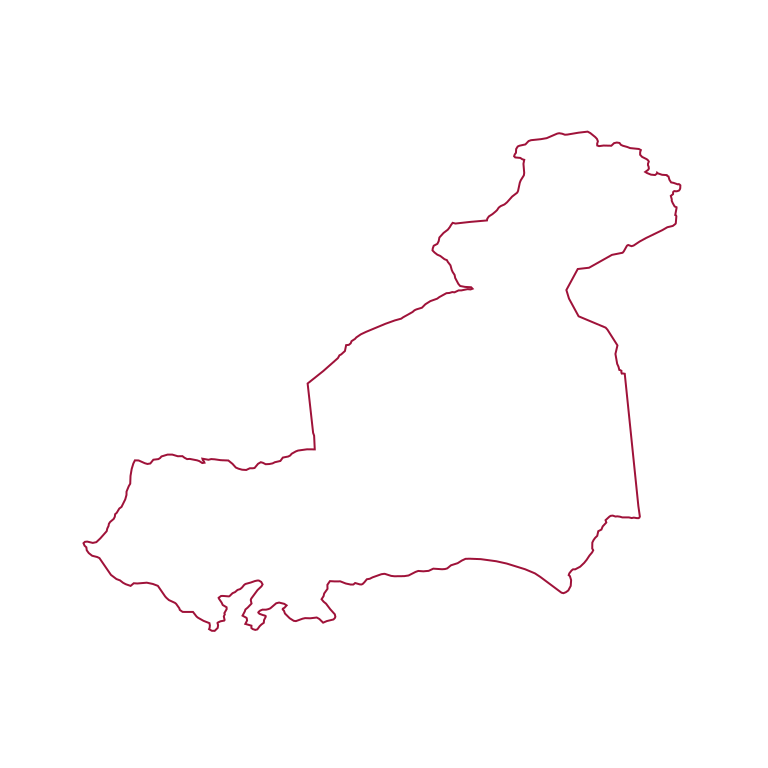 Samburu West, Rift Valley, Kenya, rotated 264°
{"feature_id": "3690345B66699120795125", "entity_name": "Samburu West", "entity_type": "district", "adm_level": 2, "iso_a3": "KEN", "parent_name": "Kenya", "parent_adm1": "Rift Valley", "projection": "natural_earth1", "projection_center": [36.61, 1.09], "detail": "fine", "context": "isolated", "style": "outline", "palette": "rose", "viewbox_px": 768, "rotation_deg": 264, "n_neighbors": 0, "source": "geoboundaries", "source_scale": "gbopen_adm2", "svg_char_len": 6146}
<svg xmlns="http://www.w3.org/2000/svg" viewBox="0 0 768 768"><g transform="rotate(264 384 384)"><path d="M565.6,677.7L564.7,677.4L563.5,675.4L564.3,671.4L566.4,667.5L567.6,666.0L569.2,668.8L570.4,669.9L572.4,669.9L574.1,669.4L575.6,669.6L577.5,670.6L578.7,670.1L580.1,668.8L582.9,664.4L585.2,662.7L587.9,663.0L589.8,663.9L591.1,662.0L592.9,653.4L594.3,650.7L596.0,646.4L597.1,644.6L599.1,643.4L599.8,640.8L599.5,638.0L597.2,635.0L598.2,627.3L598.1,622.7L598.9,621.0L600.7,621.1L603.0,622.1L605.5,621.4L607.5,619.9L612.0,615.4L613.7,612.9L613.6,603.7L612.9,592.4L613.0,590.0L614.3,587.3L615.1,584.4L614.9,582.4L611.5,571.5L611.1,565.7L611.1,555.7L610.5,553.2L607.5,549.7L606.8,543.5L606.2,541.8L603.9,540.0L600.2,539.4L598.6,538.0L596.9,537.2L595.6,538.2L594.6,543.2L593.0,545.1L592.3,546.9L588.4,545.7L579.3,545.5L576.9,544.9L572.3,541.3L570.0,540.1L562.0,537.5L560.4,536.5L557.0,531.0L551.8,525.3L550.0,522.6L548.7,518.6L547.4,516.5L545.1,514.6L543.8,512.9L541.6,509.6L539.7,505.8L537.6,504.0L535.9,503.5L536.2,486.5L536.1,471.9L537.1,469.1L534.9,467.1L533.2,465.9L530.8,463.6L528.0,459.0L523.9,454.4L520.3,453.3L517.8,451.7L516.3,447.9L513.8,446.7L511.8,446.2L509.5,448.0L507.0,450.6L505.5,453.3L501.8,457.2L500.6,459.5L498.8,460.2L495.1,462.5L490.3,463.3L488.2,464.0L485.1,465.6L482.0,465.9L475.8,468.4L473.5,470.0L472.1,474.7L471.1,480.8L469.5,482.0L469.0,480.0L469.6,476.9L469.0,470.7L469.3,468.0L467.8,463.7L468.3,461.5L467.7,458.5L467.8,455.6L464.7,448.2L463.3,445.8L461.6,438.8L459.0,433.5L455.9,429.7L454.8,424.0L454.1,422.0L452.6,419.9L448.3,409.9L447.2,408.0L446.1,401.4L443.7,391.6L437.7,371.5L435.8,366.1L433.2,361.3L431.9,359.9L430.0,356.2L427.9,355.1L426.6,353.1L426.6,350.4L420.9,348.6L417.9,344.5L417.2,342.7L414.6,340.9L403.2,324.9L392.5,308.1L342.8,308.4L339.9,309.1L326.2,308.3L327.1,300.7L326.8,291.6L326.2,289.3L324.3,284.9L322.7,283.2L321.9,281.2L321.4,275.7L318.3,272.9L317.6,267.2L316.7,264.9L316.4,261.6L316.6,257.9L318.3,255.3L319.1,253.3L317.8,250.4L314.0,246.5L313.9,244.5L314.2,241.7L312.9,238.0L313.6,233.9L315.0,230.4L316.4,227.9L320.4,225.0L324.2,221.2L325.3,213.7L326.8,207.7L327.4,204.3L327.0,201.5L328.7,195.6L327.0,195.9L325.9,196.8L324.5,197.2L324.4,195.0L326.6,192.3L327.6,190.2L329.8,183.0L329.9,180.3L331.5,177.9L333.3,176.0L333.7,171.4L335.9,166.1L336.4,161.3L335.2,155.1L333.8,153.6L332.9,151.8L332.8,146.7L329.4,143.3L329.2,140.4L330.2,137.9L333.6,132.0L334.1,128.3L331.1,126.4L325.9,124.2L319.1,122.3L311.4,121.2L309.1,119.5L303.9,116.7L300.6,116.3L296.3,114.6L289.2,110.1L287.8,107.7L283.8,104.7L282.6,103.0L280.1,102.4L278.1,101.1L275.4,97.2L273.7,95.8L271.6,95.2L269.2,93.7L266.6,92.8L260.1,85.7L256.8,81.4L256.4,77.8L258.3,72.4L258.3,70.1L257.1,68.5L254.5,69.3L252.7,70.9L249.7,71.0L246.7,72.7L243.7,75.8L241.9,80.7L240.6,82.8L222.7,92.5L218.0,97.5L216.3,100.9L213.6,103.7L211.9,106.2L209.7,110.9L212.0,114.3L211.4,117.8L211.2,127.3L209.3,133.2L206.9,138.0L195.5,144.2L193.9,145.4L191.6,147.5L188.2,153.2L187.1,154.3L182.3,157.0L180.7,157.3L178.4,159.9L177.3,170.2L172.3,173.3L171.0,174.6L167.3,179.8L164.4,185.4L162.1,185.6L159.8,185.1L158.5,184.4L156.6,186.9L156.2,189.8L158.8,193.1L161.5,193.8L163.7,193.4L164.2,194.0L165.1,196.6L165.4,200.3L166.0,200.8L169.6,200.4L171.6,201.6L172.8,201.3L176.6,204.0L178.4,204.1L181.1,200.5L183.5,199.7L188.0,197.3L188.7,197.2L190.2,199.8L190.1,201.5L189.0,207.4L189.1,208.1L191.8,211.5L192.6,214.1L194.5,216.8L195.1,219.6L196.5,221.6L198.7,223.8L199.6,225.3L200.5,230.8L201.5,234.9L201.8,237.5L201.6,239.0L200.0,241.2L197.4,242.3L195.6,241.0L192.3,236.7L184.4,229.5L183.1,228.9L179.5,229.3L175.9,225.1L174.2,222.6L172.4,221.8L168.4,219.1L165.8,222.8L165.2,223.0L163.1,223.1L159.9,221.0L157.5,226.9L155.2,226.6L154.0,227.8L152.9,230.3L153.2,232.4L156.2,235.1L157.6,236.9L159.1,239.5L161.7,240.0L164.8,242.0L165.5,242.1L166.1,241.4L167.0,239.1L168.5,236.1L169.8,235.1L170.5,235.5L171.6,237.2L172.3,239.6L171.9,243.1L172.2,245.5L172.8,247.5L177.2,253.9L177.6,256.8L175.8,261.8L174.0,264.0L172.0,261.8L171.1,259.9L170.4,259.7L169.0,260.8L166.1,261.5L160.9,265.7L157.9,269.5L157.4,271.6L159.1,278.5L159.4,281.1L158.7,286.2L158.8,292.7L157.1,295.1L153.0,298.5L154.2,302.4L155.1,309.1L156.3,310.6L157.6,311.3L160.1,311.0L165.6,307.0L171.6,303.4L173.8,301.2L176.5,299.4L179.3,301.7L181.9,302.6L186.2,306.4L190.2,306.7L193.6,309.6L192.8,314.5L192.3,319.9L189.6,325.1L188.0,330.0L187.8,332.6L189.1,334.5L187.2,339.1L187.0,340.6L187.3,341.8L188.9,343.8L191.6,346.5L191.8,349.5L192.9,352.4L195.1,361.5L195.2,364.4L195.0,365.2L192.4,371.1L191.7,374.3L190.8,384.0L191.0,388.4L193.8,395.7L194.5,398.5L193.6,403.5L193.5,408.9L195.2,413.7L193.7,422.4L193.6,425.3L194.0,427.6L196.7,431.7L198.1,438.5L200.3,443.0L201.6,446.8L201.3,450.8L199.7,461.9L196.0,477.1L192.6,487.3L185.0,505.0L179.9,514.3L175.8,519.3L157.9,538.7L157.2,540.6L157.9,543.1L159.4,545.7L163.7,548.6L169.4,549.6L173.5,548.8L174.6,547.7L176.3,548.5L178.8,550.9L179.9,552.5L179.7,554.8L181.8,560.0L185.2,564.4L188.0,567.2L191.9,570.4L194.8,573.4L196.8,574.7L198.6,573.9L204.5,574.6L206.9,576.1L208.9,577.9L210.7,580.2L215.2,581.7L216.5,585.0L219.5,586.6L223.0,590.6L225.4,590.1L228.6,594.4L229.2,595.7L229.2,597.0L229.2,597.8L228.0,600.3L228.0,602.2L227.4,604.7L226.4,607.1L225.7,613.7L224.8,616.3L225.0,618.5L224.2,621.4L224.0,623.2L224.4,624.0L225.5,624.6L236.0,624.2L369.0,624.5L369.5,622.8L369.5,621.6L370.4,621.3L372.3,621.5L373.1,620.4L373.4,619.5L376.7,619.0L379.7,618.0L389.7,617.3L398.0,620.2L414.7,611.9L416.9,610.3L431.0,584.6L449.6,576.9L458.4,575.2L478.1,588.7L478.2,600.1L488.6,624.2L489.6,635.0L490.8,636.3L495.9,639.9L496.4,640.5L496.7,641.4L495.2,644.6L495.6,646.7L499.0,653.2L501.8,659.9L507.9,676.8L510.3,682.2L511.0,687.7L512.7,690.5L513.4,691.0L520.3,692.3L521.2,692.0L521.6,691.3L528.3,693.3L529.2,693.4L530.2,691.6L533.9,690.0L536.2,689.3L537.7,689.5L541.1,688.9L542.6,691.3L544.6,691.6L545.3,692.3L545.5,693.3L545.1,694.4L545.1,695.6L545.5,697.5L546.5,698.5L547.8,699.1L550.6,699.5L551.3,699.0L552.0,698.1L551.8,697.2L553.8,692.9L554.5,690.6L557.3,689.2L560.7,688.6L561.3,687.5L562.2,687.1L563.0,682.4L564.8,678.5L565.6,677.7Z" fill="none" stroke="#9f1239" stroke-width="2"/></g></svg>